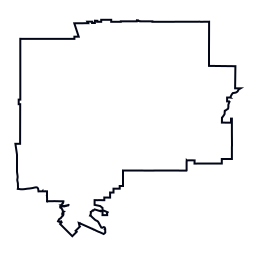 the district of Swan, Western Australia, Australia
{"feature_id": "25037944B80977400134390", "entity_name": "Swan", "entity_type": "district", "adm_level": 2, "iso_a3": "AUS", "parent_name": "Australia", "parent_adm1": "Western Australia", "projection": "albers", "projection_center": [116.002, -31.77], "detail": "fine", "context": "isolated", "style": "outline", "palette": "ink", "viewbox_px": 256, "rotation_deg": 0, "n_neighbors": 0, "source": "geoboundaries", "source_scale": "gbopen_adm2", "svg_char_len": 5095}
<svg xmlns="http://www.w3.org/2000/svg" viewBox="0 0 256 256"><path d="M60.8,205.4L60.9,205.5L61.4,205.7L61.8,205.9L62.0,206.0L62.6,206.0L63.1,206.0L63.6,206.0L64.3,206.0L65.1,205.8L65.5,205.7L65.9,205.7L66.4,205.5L67.0,205.4L67.5,205.3L67.9,205.2L68.0,205.1L68.3,204.9L68.5,205.0L68.3,205.4L68.2,205.4L67.9,205.5L67.7,205.5L67.1,205.6L66.5,205.9L66.1,205.9L65.8,206.0L65.3,206.1L64.4,206.4L64.1,206.3L63.8,206.4L63.4,206.3L62.7,206.4L62.1,206.4L61.3,206.0L60.8,205.9L60.5,205.9L60.4,206.0L60.2,206.5L60.2,207.3L60.3,207.6L60.5,207.7L60.9,207.9L61.1,208.0L61.6,208.5L62.0,209.0L62.1,209.3L62.2,209.5L62.4,209.7L62.5,209.9L62.5,210.2L62.6,210.3L62.8,210.7L62.8,210.8L62.8,211.0L62.9,211.5L63.1,211.6L63.3,211.6L63.9,211.7L63.8,211.8L63.5,211.7L63.3,211.8L63.0,211.7L62.9,211.8L62.9,212.0L62.7,212.2L62.6,212.6L62.6,212.8L62.4,213.4L62.2,213.7L62.2,213.9L62.2,214.2L62.3,214.4L62.4,214.5L62.4,214.8L62.5,215.1L62.5,215.6L62.9,215.3L62.9,215.2L63.0,214.8L62.9,214.6L62.9,214.4L62.8,213.9L62.8,213.7L63.0,213.4L63.2,213.5L63.3,213.6L63.3,213.8L63.5,214.0L63.4,214.3L63.3,214.5L63.3,214.9L63.2,215.2L63.1,215.4L62.9,215.4L62.7,215.6L62.6,215.8L62.5,216.0L62.4,216.1L61.7,216.9L61.3,217.4L61.1,217.7L60.8,218.1L59.7,218.8L59.4,219.0L59.0,219.3L58.7,220.0L58.4,220.6L58.3,220.8L58.1,221.0L58.0,221.3L58.3,221.4L58.7,221.2L59.2,221.8L60.1,221.6L59.7,222.3L59.5,222.5L60.0,222.3L61.4,221.9L61.6,222.3L61.2,222.6L61.3,222.7L60.1,224.0L72.3,236.2L76.7,231.8L75.6,230.8L79.9,226.6L79.4,226.1L79.4,225.7L79.3,225.1L78.8,223.0L80.1,223.6L80.2,223.4L80.3,223.5L91.7,228.6L91.8,228.6L92.1,228.7L92.1,228.8L92.8,229.1L93.7,229.6L93.8,229.5L95.1,230.1L95.8,230.5L97.7,231.4L99.1,232.0L99.3,232.0L103.7,234.0L105.0,232.9L105.2,232.7L105.3,232.3L105.3,232.0L105.2,231.1L105.2,229.5L105.0,229.4L105.2,229.2L105.1,228.4L105.0,228.2L104.9,228.1L104.7,227.6L104.6,227.4L104.2,227.2L103.6,227.1L102.5,227.7L102.1,227.7L101.9,227.7L101.5,227.5L101.3,227.5L101.1,227.2L100.1,225.4L99.6,224.5L99.4,224.1L99.3,223.9L99.1,223.5L98.8,222.9L98.3,222.1L98.2,221.9L98.0,221.6L97.7,221.4L97.4,221.1L97.0,220.9L95.6,220.2L94.9,219.7L94.5,219.4L94.4,219.2L92.5,217.5L91.7,216.7L91.3,216.4L91.0,215.8L90.1,215.6L90.6,214.5L90.7,214.0L90.8,213.6L90.8,211.9L91.3,211.8L92.6,210.4L93.4,210.6L94.0,209.9L94.6,209.4L100.4,211.2L100.5,210.9L100.7,211.0L100.8,210.9L102.6,211.5L102.5,215.1L107.2,215.1L107.2,214.9L107.0,213.5L107.1,213.3L107.1,213.2L107.7,212.3L107.3,212.1L102.5,210.1L102.5,209.8L102.5,207.9L101.5,207.1L100.5,206.3L100.3,206.1L99.9,206.0L97.7,205.5L94.6,204.9L94.6,202.2L94.6,200.1L96.1,200.1L97.1,200.2L97.4,200.2L98.6,200.1L103.2,200.2L104.3,200.2L104.3,197.5L110.1,197.6L110.1,192.5L111.9,192.6L112.2,192.5L112.7,192.5L113.5,192.5L113.5,188.7L117.9,188.7L119.7,188.7L119.7,186.0L123.0,186.0L123.0,170.5L153.9,170.6L154.0,170.5L160.2,170.5L164.7,170.5L186.5,170.6L186.6,170.4L186.6,162.4L186.7,160.3L186.8,160.4L191.2,160.3L194.6,160.4L194.5,163.2L194.5,163.6L201.1,163.5L221.8,163.5L221.8,159.0L231.9,159.0L231.9,149.4L231.9,147.2L232.0,145.5L231.9,131.9L231.9,118.6L231.0,118.6L231.0,122.7L221.9,122.6L222.0,117.5L222.4,117.2L222.7,116.9L224.2,114.7L224.4,114.4L224.6,113.8L224.6,113.5L224.7,111.8L224.7,111.4L224.8,110.8L225.2,110.8L226.0,110.1L226.4,109.8L227.9,108.9L228.2,108.3L228.4,106.3L228.3,105.0L228.7,103.7L229.5,101.7L229.2,101.4L227.1,101.4L227.1,97.5L228.0,97.5L229.4,97.5L230.5,97.6L230.4,97.5L230.5,97.0L230.9,96.1L231.9,94.2L232.3,93.8L232.8,93.1L235.8,92.6L236.6,92.1L237.3,91.7L237.7,91.2L238.0,90.7L238.5,89.8L239.1,88.9L239.6,88.9L240.6,88.3L235.1,88.3L235.4,66.2L209.0,65.9L209.0,64.9L209.0,52.4L209.0,51.7L209.1,21.7L200.2,21.8L199.9,21.7L198.9,21.7L162.5,21.8L152.4,21.8L152.4,21.3L140.3,21.3L140.3,21.2L139.3,21.1L138.5,21.0L138.1,20.9L138.1,20.4L136.9,20.3L136.8,21.3L120.8,21.3L120.8,21.8L111.2,21.8L111.2,19.8L101.2,19.8L101.2,21.8L97.2,21.8L97.3,20.8L95.0,20.7L94.9,23.0L92.1,23.0L92.2,21.7L87.3,21.7L88.1,23.2L74.3,23.3L78.7,36.7L74.4,36.7L74.4,38.9L60.6,38.9L31.7,38.9L23.2,38.9L20.3,38.8L20.3,59.7L20.3,99.6L18.7,99.6L18.7,104.2L20.2,104.2L20.1,143.8L16.2,143.8L15.9,143.8L15.4,143.8L16.9,153.9L17.0,154.8L17.0,157.9L17.0,159.7L17.0,161.4L17.0,171.8L17.1,172.7L17.6,176.2L17.6,176.8L17.6,177.5L17.3,179.5L17.3,180.2L17.4,180.9L17.8,182.8L17.9,183.3L17.9,183.7L18.0,187.1L18.0,187.5L18.0,187.8L17.8,188.9L18.8,189.0L19.1,189.0L20.2,189.2L21.7,189.3L23.9,189.2L27.4,188.7L29.6,188.5L30.9,188.3L32.2,188.1L32.7,188.0L32.8,188.0L34.3,187.6L36.1,187.3L36.6,187.4L37.1,187.5L37.5,187.8L37.8,188.2L38.0,188.5L38.2,189.1L38.5,191.4L38.8,191.4L39.3,191.3L41.5,191.3L42.3,191.3L42.4,191.2L42.4,191.3L42.5,191.3L45.0,191.3L45.3,191.2L45.5,191.3L47.0,191.3L47.0,193.8L47.0,193.7L47.0,193.8L47.0,194.6L47.0,195.1L47.0,195.3L46.9,195.4L47.0,195.6L47.0,195.8L47.0,196.0L47.0,197.7L47.1,198.0L47.0,201.1L47.3,201.0L47.6,201.5L48.1,201.3L48.4,201.2L48.7,201.2L52.8,201.2L54.6,201.1L56.0,201.2L63.4,201.3L63.4,201.9L63.1,202.3L62.8,202.9L62.9,203.1L62.9,203.3L62.6,203.7L61.8,204.3L61.5,204.7L61.3,204.8L61.3,205.0L61.2,205.1L60.9,205.4L60.8,205.4Z" fill="none" stroke="#020617" stroke-width="2"/></svg>